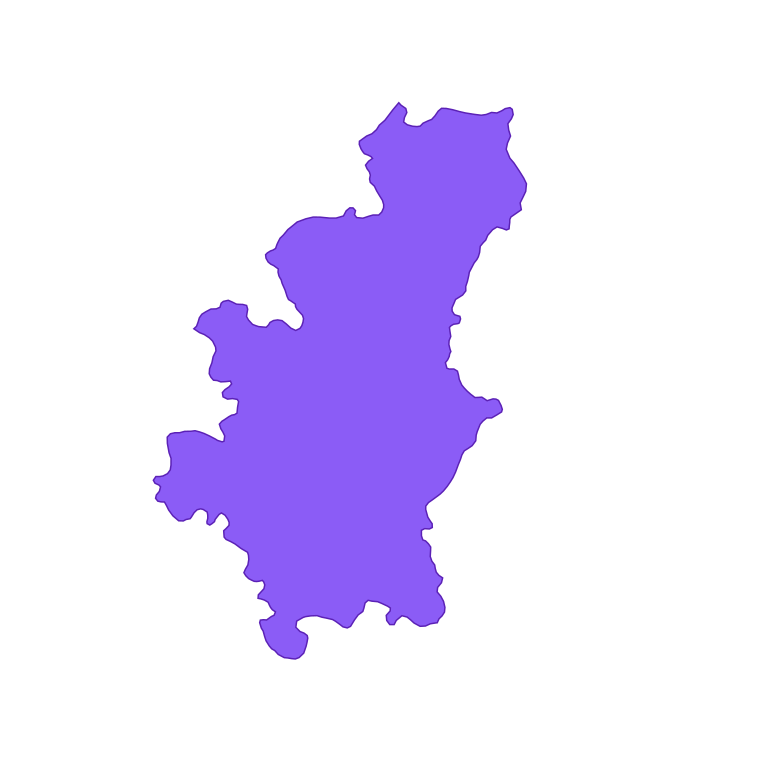 Svietlahorsk, Gomel, Belarus, rotated 58°
{"feature_id": "67162791B63369954237676", "entity_name": "Svietlahorsk", "entity_type": "district", "adm_level": 2, "iso_a3": "BLR", "parent_name": "Belarus", "parent_adm1": "Gomel", "projection": "albers", "projection_center": [29.503, 52.681], "detail": "fine", "context": "isolated", "style": "filled", "palette": "violet", "viewbox_px": 768, "rotation_deg": 58, "n_neighbors": 0, "source": "geoboundaries", "source_scale": "gbopen_adm2", "svg_char_len": 5966}
<svg xmlns="http://www.w3.org/2000/svg" viewBox="0 0 768 768"><g transform="rotate(58 384 384)"><path d="M309.0,175.2L302.6,172.6L298.3,165.7L295.7,161.7L289.7,157.1L283.4,156.4L274.8,156.4L265.2,156.7L259.3,157.6L249.7,156.0L245.1,151.6L240.8,145.3L234.8,143.7L228.9,141.0L226.6,135.4L224.0,131.7L219.0,129.7L216.4,130.7L214.7,135.3L214.7,139.3L214.0,144.6L210.7,148.9L209.6,154.5L207.6,159.1L203.3,164.4L197.3,171.3L193.3,175.3L187.7,180.5L183.3,185.2L180.7,189.1L181.3,193.4L183.6,198.7L184.9,203.4L184.2,207.0L183.5,212.7L184.5,216.6L183.2,219.6L180.5,223.2L176.5,226.9L172.2,228.5L168.9,225.5L165.9,220.8L161.9,219.5L156.6,221.8L153.3,222.4L156.2,231.3L160.8,243.4L162.0,250.8L164.3,255.5L165.4,261.7L164.5,267.3L165.1,276.2L167.7,278.0L172.4,278.9L175.7,278.9L178.3,278.6L181.3,276.3L184.3,274.5L186.6,274.2L186.9,279.0L188.6,283.7L192.5,284.3L196.3,284.0L199.6,284.9L202.5,287.6L205.7,288.8L211.1,287.3L216.4,287.9L222.6,288.0L227.3,288.0L231.7,289.2L234.4,291.0L237.0,294.8L237.9,299.0L234.9,303.7L233.7,307.8L232.2,314.0L228.4,319.0L224.8,319.3L221.9,316.3L218.3,316.9L216.5,319.6L217.1,324.3L220.0,329.3L217.9,336.7L214.4,342.3L208.7,349.7L204.9,355.6L202.5,362.7L200.6,371.8L201.5,378.6L202.1,383.7L204.4,390.6L205.3,394.9L207.5,398.6L209.0,400.9L211.6,404.1L211.6,407.1L211.0,409.8L211.0,413.4L211.6,415.9L214.8,417.4L219.2,417.6L222.4,416.5L225.1,414.8L230.4,412.7L233.0,414.6L236.6,415.8L238.7,416.0L241.0,416.0L244.8,417.1L247.6,417.5L251.8,418.1L255.0,418.9L258.4,419.8L261.8,420.2L263.9,419.1L269.2,416.8L271.5,418.0L274.5,418.2L277.6,417.6L282.5,416.7L285.9,417.6L288.6,419.9L291.0,422.8L292.3,425.8L291.8,430.5L287.2,433.4L281.1,435.1L276.2,436.9L273.3,440.2L271.6,444.1L271.4,448.1L272.7,450.6L273.5,453.8L268.9,459.9L266.6,461.8L263.8,463.9L257.9,465.0L253.9,464.8L251.4,462.7L248.4,460.0L244.6,458.9L241.6,461.7L240.1,464.0L238.1,466.8L234.0,469.3L230.5,471.7L228.8,476.5L229.2,479.3L232.0,482.4L231.4,486.4L228.7,491.1L228.3,497.0L228.3,501.5L230.0,505.5L233.1,509.0L235.7,512.4L236.4,516.0L242.7,513.2L246.8,510.2L252.2,507.7L256.9,506.6L263.5,507.3L266.9,509.0L270.3,514.4L274.8,518.7L278.6,523.8L282.7,526.8L286.5,527.2L290.4,526.6L292.7,523.6L295.7,521.3L298.1,517.0L300.2,512.7L303.2,513.2L304.3,516.8L304.5,521.9L305.6,525.6L309.6,527.3L313.9,524.7L316.1,520.2L319.3,516.6L321.8,516.6L326.1,520.5L330.8,524.1L330.8,526.9L329.7,529.7L329.5,532.9L329.7,538.2L329.7,541.2L330.8,544.9L335.5,546.1L339.3,546.1L343.6,546.6L347.7,550.0L347.3,551.9L343.6,555.1L341.3,556.2L335.5,559.6L330.6,562.8L326.9,565.8L323.5,569.0L321.8,572.7L318.5,578.2L317.0,583.2L314.5,587.2L313.0,591.5L314.2,596.0L319.6,599.2L328.4,602.7L334.2,604.0L339.9,607.6L343.6,610.8L345.3,615.1L344.9,620.1L343.6,623.3L341.6,626.5L343.4,630.6L346.8,630.8L350.4,628.4L352.8,628.0L356.0,631.4L357.5,635.9L359.9,638.3L363.5,637.9L365.7,635.7L367.8,632.7L372.1,632.9L376.8,633.4L383.9,632.9L391.2,630.6L393.8,626.7L394.0,623.7L395.5,619.8L394.8,617.9L392.5,613.2L391.6,609.1L392.7,605.7L394.6,603.8L398.9,601.8L401.7,602.9L404.5,604.6L407.0,607.2L408.7,608.0L411.3,606.5L411.3,604.0L410.9,600.7L409.4,599.0L407.2,593.0L407.2,590.2L411.1,588.3L416.0,588.1L419.4,588.7L421.8,590.4L422.9,594.5L423.5,597.7L429.1,600.7L432.1,600.3L436.4,597.5L440.7,595.1L447.9,592.3L454.4,588.9L457.4,589.7L461.2,591.7L465.3,595.3L467.7,599.8L469.8,602.8L473.5,602.8L477.3,601.9L479.9,600.4L482.5,598.7L484.0,596.7L485.0,594.6L486.1,591.2L488.2,590.9L491.2,591.6L494.0,594.3L495.5,599.7L496.2,602.3L499.0,604.4L501.1,602.2L503.9,599.9L507.7,597.9L511.0,598.4L513.5,598.6L516.3,598.3L519.7,596.8L521.9,599.8L521.5,602.6L521.9,608.6L520.0,611.2L518.7,614.0L520.5,615.9L526.0,617.4L529.5,617.4L534.8,619.0L539.3,620.1L545.3,620.1L549.0,619.6L552.2,617.9L557.3,617.0L563.2,613.6L565.4,610.7L568.0,607.8L570.2,604.9L571.0,601.0L569.7,594.7L565.0,588.9L562.4,586.3L559.1,583.3L556.6,582.4L552.9,583.8L549.4,586.4L543.6,587.7L538.8,583.7L539.1,576.3L539.7,573.8L541.9,568.8L545.0,563.5L548.9,560.2L552.0,556.9L553.5,555.4L556.5,552.4L559.4,550.9L564.3,548.9L568.2,547.5L571.4,544.4L571.8,540.8L568.4,534.0L566.1,528.2L565.7,522.5L563.4,519.8L559.7,516.1L559.0,512.1L561.7,509.4L565.3,504.7L569.0,502.1L574.3,498.7L577.3,497.3L579.7,499.0L581.4,504.7L586.0,507.0L591.1,506.6L593.4,502.9L591.0,498.9L590.0,491.6L593.9,487.9L597.9,486.5L602.6,485.2L608.6,481.8L611.2,477.1L611.9,471.8L614.2,466.4L614.7,465.4L612.3,461.8L611.4,457.6L609.5,453.6L605.7,450.7L599.9,448.7L594.2,448.3L588.4,449.1L584.9,446.3L583.0,440.6L579.5,437.0L575.3,438.9L571.3,439.4L567.6,438.3L564.3,436.9L559.6,437.3L554.8,436.2L550.0,432.8L547.0,430.8L543.0,431.0L539.1,431.9L536.8,433.7L532.6,432.7L527.9,429.8L528.2,426.2L531.0,422.3L531.3,419.1L528.0,417.2L524.6,417.4L520.1,417.4L512.5,415.1L509.7,413.3L508.1,409.1L507.9,404.9L507.6,400.9L507.1,394.7L506.2,390.3L504.3,384.6L502.1,379.5L499.9,375.1L496.6,370.0L491.8,363.8L488.5,359.2L485.4,355.5L483.2,351.3L483.2,347.3L483.0,341.9L480.8,336.3L476.2,332.9L473.7,330.1L469.1,323.8L467.9,319.9L467.2,314.8L469.8,310.7L470.0,304.7L470.0,299.1L468.2,297.1L464.3,296.1L458.6,295.6L456.2,297.0L454.4,299.4L452.8,305.4L450.0,306.6L447.0,308.0L445.2,311.4L443.6,314.1L441.0,315.0L439.0,315.8L434.3,317.2L429.9,318.1L426.1,318.6L419.9,317.7L415.6,316.0L412.0,314.9L408.3,316.8L406.0,320.6L404.0,322.3L398.4,320.6L397.2,317.2L395.2,314.1L393.2,312.3L391.9,310.1L389.3,309.5L384.8,308.0L381.7,305.8L380.1,303.6L379.1,302.2L374.1,300.1L370.7,298.5L370.1,296.3L370.2,293.3L371.1,291.3L372.0,289.2L372.1,287.8L369.4,284.6L366.8,283.8L364.0,286.3L362.5,287.5L358.4,287.6L355.5,286.0L354.0,283.9L353.0,282.4L350.2,278.5L350.2,274.3L350.2,270.2L348.4,265.3L344.6,263.0L341.2,258.9L337.0,254.7L334.4,252.4L329.1,243.4L327.6,239.2L326.1,236.6L323.1,233.2L318.2,229.4L316.7,224.9L315.9,221.5L312.9,217.3L310.7,210.2L310.7,204.9L314.8,201.1L318.2,198.6L318.7,195.7L316.5,194.1L313.7,191.8L311.1,190.1L309.6,187.8L309.3,181.3L309.0,175.2Z" fill="#8b5cf6" stroke="#5b21b6" stroke-width="1.5"/></g></svg>